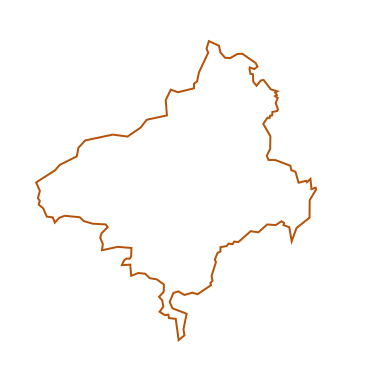 the district of Kantharalak, Si Sa Ket, Thailand, rotated 52°
{"feature_id": "78962969B93646658502298", "entity_name": "Kantharalak", "entity_type": "district", "adm_level": 2, "iso_a3": "THA", "parent_name": "Thailand", "parent_adm1": "Si Sa Ket", "projection": "robinson", "projection_center": [104.776, 14.571], "detail": "medium", "context": "isolated", "style": "outline", "palette": "amber", "viewbox_px": 384, "rotation_deg": 52, "n_neighbors": 0, "source": "geoboundaries", "source_scale": "gbopen_adm2", "svg_char_len": 1882}
<svg xmlns="http://www.w3.org/2000/svg" viewBox="0 0 384 384"><g transform="rotate(52 192 192)"><path d="M133.5,63.3L129.6,62.4L114.1,67.2L111.2,71.3L110.0,79.4L106.6,83.3L99.5,83.7L93.3,80.7L83.5,85.8L87.9,92.2L92.2,93.5L102.1,113.0L108.0,119.9L107.9,123.7L111.5,126.6L104.8,141.6L98.3,145.7L103.4,156.1L116.2,164.6L107.2,183.2L109.6,192.9L108.6,208.7L98.0,219.1L85.6,244.4L87.2,254.2L93.0,260.9L89.2,279.5L90.6,286.6L88.5,308.9L97.5,311.2L102.0,317.2L105.3,317.4L107.7,320.6L113.2,319.3L122.0,321.6L126.3,317.3L131.7,319.0L130.6,312.6L132.4,306.9L142.8,296.0L148.3,295.2L155.9,289.7L164.4,280.0L167.8,280.1L168.8,288.6L171.5,292.5L178.0,294.2L182.5,298.8L189.4,284.4L198.8,274.2L205.3,279.6L206.2,282.3L204.0,284.6L204.1,287.8L206.5,292.3L211.2,285.4L220.6,291.5L222.8,284.2L227.6,279.2L233.8,278.4L239.2,273.5L247.6,271.1L253.2,275.7L254.3,282.5L259.2,282.2L264.8,285.3L266.4,291.3L272.3,289.2L274.1,286.1L277.2,287.8L281.9,282.9L300.5,293.7L300.3,286.2L295.0,283.3L284.6,271.2L271.6,279.0L264.9,277.3L260.1,268.8L261.9,264.0L268.4,261.4L271.5,253.8L276.0,250.5L277.1,234.4L275.0,233.5L274.6,230.5L270.3,228.3L261.9,216.2L259.4,215.7L255.8,209.5L256.4,206.2L253.0,203.5L255.9,198.0L255.2,195.0L258.1,192.1L257.0,189.4L260.0,186.2L259.0,169.9L264.6,164.6L263.9,152.7L269.6,146.4L270.1,139.6L273.0,138.5L274.5,140.2L279.6,137.0L292.2,143.8L284.7,131.8L284.6,115.2L270.9,104.3L266.5,92.8L264.7,91.9L263.3,96.1L254.6,90.6L255.1,95.4L253.4,95.2L250.3,102.3L239.7,98.0L235.9,100.3L231.9,98.3L218.2,106.6L213.8,112.0L209.4,110.7L206.2,103.9L196.3,95.9L182.2,93.9L179.9,86.7L181.4,85.2L179.9,83.5L181.0,81.6L178.4,79.4L180.6,75.0L179.7,73.3L173.4,71.3L170.6,66.5L167.6,67.5L167.9,65.4L164.8,65.3L165.2,62.8L159.5,66.7L147.7,66.6L146.5,69.2L148.0,75.7L142.8,75.8L136.7,71.5L135.0,73.2L131.0,71.3L129.4,69.8L133.5,67.2L133.5,63.3Z" fill="none" stroke="#b45309" stroke-width="2"/></g></svg>